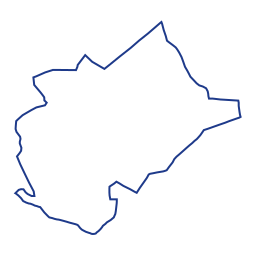 Al-Hashimiya, Babil, Iraq (Albers equal-area conic projection)
{"feature_id": "34846034B94541768038664", "entity_name": "Al-Hashimiya", "entity_type": "district", "adm_level": 2, "iso_a3": "IRQ", "parent_name": "Iraq", "parent_adm1": "Babil", "projection": "albers", "projection_center": [44.815, 32.38], "detail": "fine", "context": "isolated", "style": "outline", "palette": "blue", "viewbox_px": 256, "rotation_deg": 0, "n_neighbors": 0, "source": "geoboundaries", "source_scale": "gbopen_adm2", "svg_char_len": 2375}
<svg xmlns="http://www.w3.org/2000/svg" viewBox="0 0 256 256"><path d="M240.6,116.9L240.0,114.8L239.5,111.8L238.7,105.9L238.7,102.7L238.3,100.6L228.8,100.0L220.5,99.5L214.5,98.8L212.7,98.6L209.0,98.6L208.4,96.1L208.2,93.8L207.7,91.3L206.1,88.3L202.8,86.5L199.3,85.4L196.6,83.3L194.1,80.6L190.4,76.7L188.9,73.7L187.3,70.7L185.0,66.8L183.2,61.6L181.5,57.0L179.2,52.6L177.2,49.4L175.7,47.4L172.8,45.1L169.7,42.8L168.5,41.9L167.0,40.7L165.8,36.1L163.7,30.0L162.1,23.8L161.4,22.0L160.5,22.7L148.0,33.5L139.3,40.4L130.8,47.8L120.0,56.3L108.8,65.4L104.4,68.9L92.2,61.8L85.2,55.1L77.7,65.0L77.4,66.8L76.0,70.1L53.0,69.9L45.2,72.4L36.1,76.4L33.4,77.4L34.2,84.9L40.6,92.5L43.0,95.6L44.2,97.3L44.4,100.5L44.8,100.8L46.7,102.7L45.0,105.3L36.4,107.4L31.5,110.0L25.3,113.6L22.6,115.2L17.7,119.6L16.2,121.1L16.0,123.3L15.8,125.7L15.6,129.0L16.5,131.9L20.1,136.7L20.5,138.9L19.8,141.7L19.8,143.5L21.4,147.8L21.1,150.8L19.6,153.1L17.0,156.4L20.2,164.2L24.5,173.2L29.0,182.5L32.7,189.5L33.7,191.4L34.4,196.0L31.6,196.0L27.6,194.0L25.6,192.3L23.5,189.3L21.0,189.2L18.7,189.9L15.4,193.2L15.6,193.3L18.4,195.5L21.1,198.2L23.2,201.1L24.7,201.8L26.0,202.5L28.8,203.5L30.4,203.7L32.8,204.6L34.8,205.6L36.9,206.1L38.7,206.8L40.2,207.1L41.9,209.3L44.3,212.4L47.3,215.5L48.4,216.6L49.3,217.4L52.3,218.1L54.7,218.9L56.8,219.4L58.5,219.6L59.9,219.9L63.3,220.8L66.5,221.7L69.8,222.7L72.1,223.3L75.5,224.2L77.0,224.7L78.0,225.3L80.2,228.1L81.8,229.6L83.2,230.4L85.9,231.8L88.8,232.8L89.9,233.1L90.4,233.3L91.4,233.8L92.9,234.0L94.8,233.8L95.9,233.4L96.6,232.5L98.6,231.0L100.6,229.0L102.1,227.1L102.9,225.8L105.5,223.8L106.8,222.4L110.7,220.0L113.8,217.4L114.5,215.7L115.3,214.0L115.8,211.1L116.2,207.7L116.7,203.3L116.8,201.3L116.8,199.3L115.0,199.3L113.5,199.3L111.5,199.3L110.3,199.3L109.6,195.6L109.4,192.6L109.4,190.2L109.4,188.5L109.5,186.7L110.3,186.1L111.5,185.3L114.1,183.6L116.4,181.7L119.3,183.3L123.4,185.9L130.3,189.3L134.7,191.8L136.7,192.8L139.8,187.9L144.4,181.4L146.9,177.8L148.7,174.5L150.0,173.8L153.3,173.2L157.1,172.4L163.2,171.4L165.5,170.7L166.7,170.2L169.0,167.0L172.6,162.4L174.3,159.1L176.5,156.7L179.1,154.5L182.5,151.5L186.3,148.1L189.5,145.3L192.2,143.1L194.5,140.9L196.8,139.1L198.0,137.8L200.3,135.2L202.2,132.5L203.8,130.1L207.5,128.9L218.5,125.0L225.2,122.7L229.0,121.2L230.4,120.7L237.0,118.4L239.1,117.7L240.6,116.9Z" fill="none" stroke="#1e3a8a" stroke-width="2"/></svg>